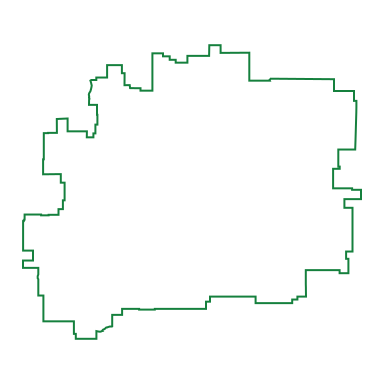 Upper Gascoyne, Western Australia, Australia (Mercator projection)
{"feature_id": "25037944B28786779473224", "entity_name": "Upper Gascoyne", "entity_type": "district", "adm_level": 2, "iso_a3": "AUS", "parent_name": "Australia", "parent_adm1": "Western Australia", "projection": "mercator", "projection_center": [116.107, -24.719], "detail": "fine", "context": "isolated", "style": "outline", "palette": "green", "viewbox_px": 384, "rotation_deg": 0, "n_neighbors": 0, "source": "geoboundaries", "source_scale": "gbopen_adm2", "svg_char_len": 3778}
<svg xmlns="http://www.w3.org/2000/svg" viewBox="0 0 384 384"><path d="M111.1,65.1L107.1,65.1L107.1,77.5L99.9,77.5L96.3,77.5L96.3,80.0L94.1,80.0L91.3,80.0L90.4,80.6L90.6,81.2L90.8,81.8L91.3,83.7L91.4,84.3L91.7,85.2L91.7,85.8L91.5,86.8L91.5,87.1L91.4,87.3L91.3,87.8L91.2,88.4L91.1,88.7L91.0,89.1L91.0,89.3L90.9,89.4L90.6,90.7L90.3,91.5L90.1,91.8L89.7,92.3L89.5,92.7L89.1,93.4L89.1,93.7L89.0,94.0L88.8,94.8L88.9,95.2L89.1,95.7L89.1,96.1L89.2,96.5L89.0,96.9L89.0,97.5L89.0,97.9L89.4,98.2L89.4,99.0L89.2,99.1L89.1,99.6L89.0,104.9L97.0,104.9L97.0,105.8L97.0,114.8L97.4,114.8L97.4,124.6L95.4,124.6L95.4,133.4L93.4,133.4L93.4,137.3L92.3,137.3L88.6,137.3L86.8,137.3L86.9,131.3L67.6,131.3L67.6,118.5L56.8,119.0L56.9,132.9L48.1,132.9L48.1,133.1L43.8,133.1L43.8,159.3L43.1,159.3L43.1,174.3L60.4,174.1L60.8,174.1L60.8,182.7L64.6,182.7L64.6,200.3L62.9,200.3L62.9,209.1L58.5,209.1L58.5,214.8L48.6,214.8L48.6,215.3L46.3,215.3L43.6,215.3L41.1,215.3L41.1,214.5L39.5,214.5L37.9,214.5L30.1,214.5L24.6,214.5L24.6,219.5L24.3,219.5L24.2,219.5L24.1,219.8L24.1,220.2L24.0,220.7L23.5,220.7L23.5,221.2L23.1,221.2L23.1,221.4L23.1,225.2L23.1,225.7L23.1,231.5L23.1,238.0L23.1,245.0L23.1,250.6L33.0,250.6L33.0,257.9L33.0,260.5L23.0,260.5L23.0,267.9L34.7,267.9L38.3,267.9L38.3,274.5L37.7,276.1L37.7,278.3L38.3,279.2L38.3,288.3L38.3,294.0L38.3,295.5L43.4,295.5L43.4,321.3L73.9,321.3L73.9,333.9L75.8,333.9L75.8,338.8L96.4,338.8L96.4,331.1L99.3,331.7L100.1,331.7L100.4,331.7L100.7,331.6L101.3,331.4L101.5,331.2L101.8,331.1L102.3,331.0L102.2,330.9L102.3,330.7L102.5,330.3L102.7,330.1L103.0,329.7L103.7,329.4L104.2,329.2L104.7,328.8L105.2,328.6L105.9,327.7L106.6,327.4L107.4,327.4L108.1,327.0L108.8,326.9L109.4,326.6L110.2,326.5L112.0,326.5L112.2,326.4L112.2,314.9L122.1,314.9L122.1,308.9L128.4,308.9L133.7,308.9L139.1,308.9L139.1,309.6L149.2,309.6L151.3,309.6L153.2,309.6L153.6,309.6L154.8,309.6L154.8,308.9L157.7,308.9L160.2,308.9L162.4,308.9L164.6,308.9L167.3,308.9L169.5,308.9L173.3,308.9L181.5,308.9L190.2,308.9L197.8,308.9L200.6,308.9L206.0,308.9L206.0,301.7L210.0,301.7L210.0,296.6L223.0,296.6L225.6,296.6L227.2,296.6L229.3,296.6L231.9,296.6L242.7,296.6L255.6,296.6L255.6,303.1L265.5,303.1L279.8,303.1L286.0,303.1L287.3,303.1L289.5,303.1L292.2,303.1L292.2,299.5L293.7,299.5L294.8,299.5L296.3,299.5L297.4,299.5L297.4,296.6L299.5,296.6L301.7,296.6L303.9,296.6L306.0,296.6L305.9,289.7L305.9,287.8L305.8,284.2L305.8,270.1L306.4,270.1L308.0,270.1L308.5,270.1L309.1,270.1L310.2,270.1L310.7,270.1L311.3,270.1L312.4,270.1L315.1,270.1L315.6,270.1L316.2,270.1L317.8,270.1L318.4,270.1L320.0,270.1L321.1,270.1L322.2,270.1L325.4,270.1L328.2,270.1L329.2,270.1L331.4,270.1L332.5,270.1L334.1,270.1L336.3,270.1L337.4,270.1L339.6,270.1L339.6,273.2L348.4,273.2L348.4,258.8L346.6,258.8L346.1,258.8L346.1,251.5L352.5,251.5L352.5,251.0L352.5,240.7L352.5,240.2L352.5,232.8L352.5,207.8L344.4,207.8L344.4,199.1L361.0,199.1L361.0,189.8L352.1,189.8L352.1,188.3L333.1,188.3L333.1,180.7L333.1,168.8L339.7,168.8L339.7,166.6L338.3,166.6L338.3,164.4L338.3,149.5L355.2,149.5L355.5,140.3L356.3,112.7L356.4,107.3L356.4,103.5L356.4,100.9L354.0,100.9L354.0,91.0L352.3,91.0L343.7,91.0L338.3,91.0L334.0,91.0L334.0,79.2L270.7,78.7L270.6,78.8L270.3,79.2L270.1,79.5L269.5,79.9L269.5,80.1L269.8,80.7L267.9,80.7L265.5,80.7L265.0,80.7L260.7,80.7L258.5,80.7L255.8,80.7L249.3,80.7L249.3,52.7L220.6,52.9L220.6,45.2L219.6,45.2L213.7,45.2L209.9,45.2L209.3,45.2L209.1,55.9L187.4,55.9L187.4,57.3L187.4,62.7L180.5,62.7L175.7,62.7L175.7,59.8L173.5,59.8L169.7,59.8L169.7,56.3L163.0,56.3L163.0,53.3L157.2,53.3L152.4,53.3L152.4,63.0L152.4,68.9L152.4,90.7L147.0,90.7L140.5,90.7L140.5,88.2L136.3,88.2L130.1,88.1L129.7,85.1L124.5,85.2L124.6,73.2L121.9,73.2L121.9,67.6L121.9,65.1L119.4,65.1L115.2,65.1L111.1,65.1Z" fill="none" stroke="#15803d" stroke-width="2"/></svg>